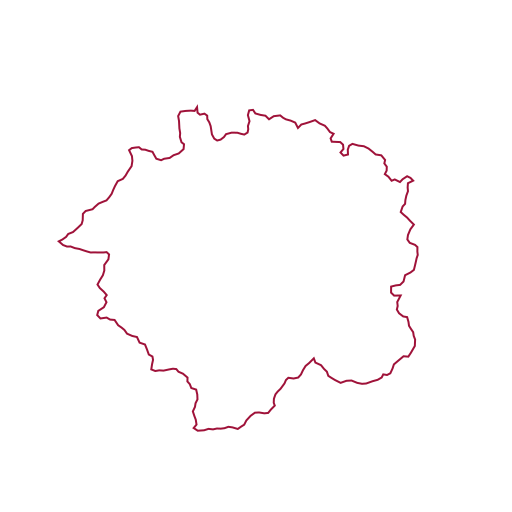 the district of Pilar do Sul, São Paulo, Brazil, rotated 246°
{"feature_id": "56859067B92948515597814", "entity_name": "Pilar do Sul", "entity_type": "district", "adm_level": 2, "iso_a3": "BRA", "parent_name": "Brazil", "parent_adm1": "São Paulo", "projection": "orthographic", "projection_center": [-47.722, -23.858], "detail": "fine", "context": "isolated", "style": "outline", "palette": "rose", "viewbox_px": 512, "rotation_deg": 246, "n_neighbors": 0, "source": "geoboundaries", "source_scale": "gbopen_adm2", "svg_char_len": 3763}
<svg xmlns="http://www.w3.org/2000/svg" viewBox="0 0 512 512"><g transform="rotate(246 256 256)"><path d="M105.4,169.0L106.2,173.1L106.7,176.6L109.7,180.3L112.2,186.1L113.3,191.3L111.8,195.2L108.9,199.6L107.7,203.3L109.7,207.2L111.7,212.3L114.7,212.5L118.3,214.3L121.7,217.5L123.3,220.6L124.7,224.4L128.0,230.2L130.5,232.9L131.6,236.0L128.8,240.5L127.8,245.1L129.5,248.9L132.6,252.5L135.4,256.6L136.6,261.0L139.0,267.2L134.5,266.9L129.8,271.0L125.2,272.2L121.5,273.7L117.1,273.3L113.9,275.4L110.6,277.7L105.7,281.7L105.2,287.9L103.4,292.6L98.9,296.9L96.1,300.9L94.7,304.8L94.2,311.5L93.4,316.8L93.9,321.4L96.1,324.1L94.0,327.3L94.2,331.0L97.7,335.0L100.9,337.9L102.6,343.7L104.4,350.0L102.1,354.2L104.5,358.0L109.2,364.5L115.0,367.4L118.9,367.6L122.5,368.6L126.4,367.9L130.0,367.4L133.8,368.5L138.7,369.2L140.9,365.9L145.5,363.4L149.8,362.9L152.7,365.1L156.5,366.3L161.1,372.1L163.6,366.1L167.6,364.5L173.1,367.0L172.3,371.7L171.0,375.9L172.7,380.4L177.8,384.4L178.1,390.4L179.1,394.6L182.3,397.1L186.0,399.9L188.6,401.8L191.2,404.2L194.4,405.2L198.5,407.1L201.5,405.8L205.5,401.8L209.6,401.0L213.4,403.4L217.6,407.9L220.5,413.0L225.6,411.0L229.6,409.7L233.6,407.7L237.3,406.1L241.6,410.1L243.0,413.4L246.3,415.2L250.0,417.9L253.4,421.2L256.9,422.4L260.7,424.4L260.9,430.2L264.5,428.9L267.4,426.5L266.5,421.2L265.0,417.6L269.5,413.9L269.6,410.5L274.6,409.2L278.4,407.0L280.9,410.1L284.4,411.8L288.4,410.9L291.2,413.0L297.0,411.4L300.1,406.6L303.8,404.9L308.4,402.5L312.4,399.2L315.2,394.5L319.2,389.7L318.8,385.9L315.8,383.1L311.3,381.3L312.1,376.8L316.2,375.3L318.2,379.4L322.3,380.8L325.8,379.3L329.6,371.7L333.1,372.0L336.1,376.6L339.1,374.0L343.6,373.0L347.0,371.9L351.3,368.0L356.1,365.3L356.6,359.1L357.1,354.7L357.7,350.9L355.9,346.4L361.9,346.1L365.6,342.7L368.7,338.9L371.2,337.0L374.6,335.3L376.5,329.1L375.6,323.5L380.3,321.7L383.0,317.6L386.5,313.4L390.7,312.7L391.8,309.0L388.0,305.9L381.8,304.9L378.0,301.5L375.0,300.5L372.2,298.5L371.7,294.7L373.7,292.0L376.2,289.1L378.6,283.9L379.5,278.2L377.7,275.1L376.7,271.0L377.3,267.5L380.2,265.6L385.0,265.2L393.1,267.4L397.1,267.7L400.8,267.2L404.1,268.5L407.0,266.8L407.9,262.3L410.7,260.9L416.0,262.7L413.5,258.9L415.3,255.6L417.2,250.6L418.6,245.7L415.5,241.8L410.7,240.6L403.7,237.9L399.1,236.7L395.8,234.9L390.2,234.2L387.4,235.7L383.1,233.3L381.1,227.1L381.6,221.7L380.7,217.0L382.2,211.6L382.1,208.3L385.4,204.5L389.4,204.1L393.3,203.8L395.7,200.7L398.2,198.0L399.8,194.9L403.0,193.3L404.1,190.0L405.1,186.4L404.3,183.1L397.7,183.3L393.2,181.8L388.7,178.9L385.2,173.2L382.5,169.5L380.6,165.7L380.6,160.1L377.3,155.7L374.5,152.5L371.5,149.4L369.4,145.8L367.6,142.0L367.8,138.2L367.9,133.5L366.4,128.7L365.2,125.7L366.4,118.7L364.9,115.0L359.1,112.2L356.1,109.7L354.3,104.7L352.3,98.6L352.5,93.4L350.7,90.3L349.8,85.8L349.6,81.8L344.5,84.2L341.5,87.2L340.1,90.5L336.9,93.7L334.2,97.6L331.5,100.5L329.1,103.2L326.5,106.3L325.1,109.7L323.2,113.7L321.3,118.0L320.3,121.1L317.2,122.4L313.0,119.8L309.5,113.7L304.4,111.5L300.7,108.3L297.8,104.0L294.4,99.6L290.2,100.3L285.4,102.4L281.0,103.7L279.0,100.4L274.6,100.6L271.1,96.2L270.0,89.6L266.6,86.9L262.2,88.5L260.5,94.5L257.3,96.8L255.1,100.8L248.8,101.9L245.4,104.0L242.0,105.7L237.5,106.6L233.3,110.4L230.4,114.3L224.2,114.4L220.3,118.6L214.9,118.4L209.6,118.0L206.3,120.5L203.0,119.7L199.5,117.1L195.0,114.2L191.9,117.2L190.9,121.1L188.9,124.9L187.7,130.6L186.8,134.3L185.1,137.2L181.8,138.1L178.2,141.4L172.8,144.0L169.3,142.3L165.9,143.4L161.7,143.2L158.3,147.0L153.3,146.0L148.8,144.2L146.1,140.9L143.0,138.9L139.7,135.1L134.7,134.6L131.0,134.4L126.2,133.1L124.2,129.1L120.1,131.7L117.9,137.7L117.4,142.3L115.1,146.2L114.3,150.1L112.6,153.6L111.5,157.2L111.2,161.3L109.0,164.8L105.4,169.0Z" fill="none" stroke="#9f1239" stroke-width="2"/></g></svg>